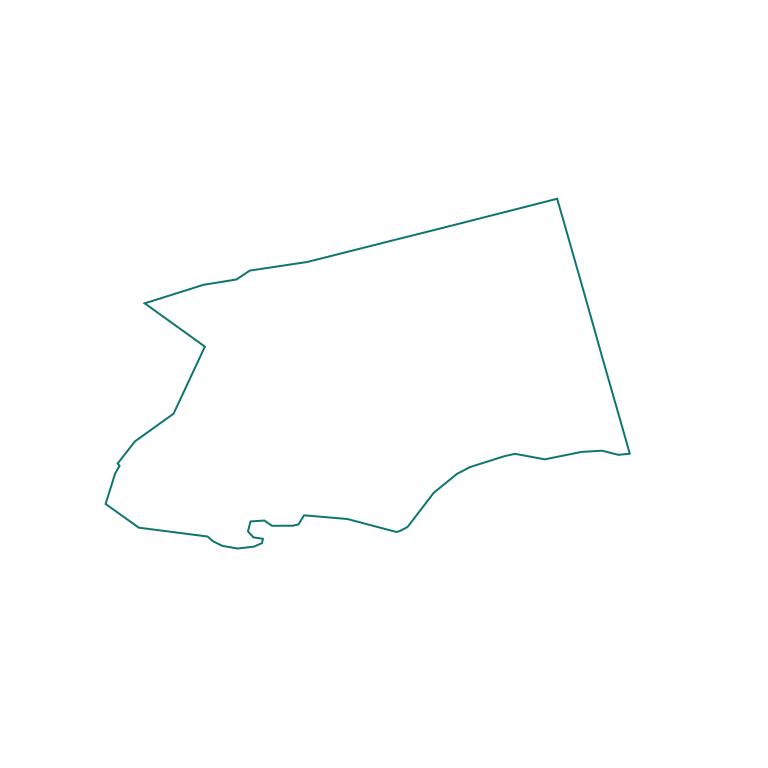 outline of Arlington, Virginia, United States of America, rotated 120°
{"feature_id": "52423323B5979795321834", "entity_name": "Arlington", "entity_type": "district", "adm_level": 2, "iso_a3": "USA", "parent_name": "United States of America", "parent_adm1": "Virginia", "projection": "equal_earth", "projection_center": [-77.083, 38.881], "detail": "fine", "context": "isolated", "style": "outline", "palette": "teal", "viewbox_px": 768, "rotation_deg": 120, "n_neighbors": 0, "source": "geoboundaries", "source_scale": "gbopen_adm2", "svg_char_len": 838}
<svg xmlns="http://www.w3.org/2000/svg" viewBox="0 0 768 768"><g transform="rotate(120 384 384)"><path d="M216.3,408.0L258.7,451.8L316.6,511.4L353.0,557.1L353.4,557.2L367.3,564.1L388.4,590.0L433.8,631.6L441.2,557.8L514.9,551.4L558.2,571.0L586.1,574.9L587.1,572.1L595.9,572.1L627.1,565.1L631.0,524.4L630.3,522.8L604.3,460.5L605.7,453.6L605.0,443.0L599.7,428.6L590.2,415.7L589.7,415.2L582.8,410.1L578.6,411.5L582.1,420.3L579.7,428.1L569.8,430.9L562.1,419.4L562.8,410.1L552.3,392.1L548.4,387.9L537.7,387.6L519.2,348.1L505.9,299.1L502.7,296.3L496.0,292.1L467.0,288.3L453.5,286.6L425.4,275.9L413.1,268.1L386.7,244.0L379.0,235.7L368.8,207.0L343.9,178.8L332.7,161.7L328.1,145.5L321.6,136.5L321.4,136.4L303.6,154.7L252.5,207.6L230.0,230.6L199.3,262.2L151.6,311.5L137.0,326.7L216.3,408.0Z" fill="none" stroke="#0f766e" stroke-width="2"/></g></svg>